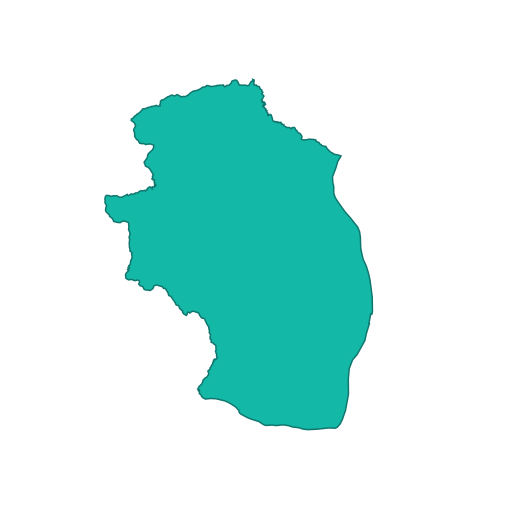 outline of El Guamo, Bolívar, Colombia, rotated 53°
{"feature_id": "7082276B46514766114019", "entity_name": "El Guamo", "entity_type": "district", "adm_level": 2, "iso_a3": "COL", "parent_name": "Colombia", "parent_adm1": "Bolívar", "projection": "albers", "projection_center": [-74.975, 10.036], "detail": "fine", "context": "isolated", "style": "filled", "palette": "teal", "viewbox_px": 512, "rotation_deg": 53, "n_neighbors": 0, "source": "geoboundaries", "source_scale": "gbopen_adm2", "svg_char_len": 6104}
<svg xmlns="http://www.w3.org/2000/svg" viewBox="0 0 512 512"><g transform="rotate(53 256 256)"><path d="M113.1,152.3L114.1,152.6L113.8,154.3L113.9,155.3L115.4,159.1L114.9,160.4L113.5,161.3L109.3,166.6L106.9,165.8L104.1,165.7L103.5,166.0L102.4,167.8L101.9,170.2L103.1,171.9L103.3,174.9L102.2,176.7L102.3,178.9L101.7,179.4L99.7,179.1L99.2,180.4L97.5,182.4L97.5,183.3L96.4,184.1L96.2,185.4L95.2,186.9L94.7,188.6L93.6,189.4L93.3,190.3L90.9,191.8L90.1,193.1L90.5,194.8L89.2,196.5L88.8,201.5L87.7,204.7L86.5,207.0L86.3,210.8L86.6,212.2L86.3,216.2L84.4,218.7L84.0,220.1L82.9,220.3L79.6,221.8L79.3,224.5L78.9,225.0L77.4,225.8L76.5,227.0L76.3,228.9L75.7,230.9L75.5,236.1L74.7,237.3L74.8,238.8L75.0,239.4L76.2,240.0L77.2,241.7L78.3,242.0L78.5,242.5L77.2,244.2L75.6,245.1L75.2,246.8L73.5,249.7L73.3,251.2L72.3,252.9L72.3,253.6L71.3,256.6L70.4,257.7L71.3,261.7L71.4,264.5L71.1,265.5L71.5,267.7L71.2,268.3L71.9,271.6L71.6,273.1L72.7,274.1L76.4,273.0L79.5,273.7L81.2,277.2L81.9,278.0L84.4,278.8L87.7,281.0L91.1,281.2L93.1,280.5L95.8,281.1L97.9,279.3L98.7,277.9L100.6,277.0L101.8,274.6L103.4,272.5L105.8,271.1L106.6,271.4L107.8,272.7L108.9,274.7L109.5,280.4L110.5,282.1L111.9,283.4L113.8,288.9L114.6,289.3L115.5,289.3L117.4,290.1L118.6,289.8L119.8,288.9L122.6,288.4L129.3,289.1L129.9,290.7L131.6,291.2L131.5,292.3L131.7,292.7L132.8,292.7L134.2,291.3L135.2,292.6L136.1,292.7L136.4,293.1L136.9,292.9L137.1,293.5L137.7,293.6L138.4,294.5L138.7,294.4L138.9,293.4L139.8,294.1L139.7,295.2L138.4,297.4L138.6,297.9L139.9,298.4L139.4,298.7L138.3,298.4L136.7,299.4L136.8,300.7L136.6,302.1L137.6,302.7L137.2,304.0L137.6,305.0L136.5,305.5L135.8,307.4L134.7,308.4L134.2,310.3L134.5,312.5L133.3,314.0L133.4,314.8L133.0,315.0L133.0,316.0L132.6,317.1L131.3,318.4L131.0,321.4L130.4,322.0L129.3,321.8L129.1,323.9L128.1,328.2L126.5,330.0L124.8,330.5L123.9,331.1L122.9,332.9L122.1,333.5L121.3,335.6L120.7,336.3L119.7,336.7L117.8,338.6L117.6,339.2L117.7,340.2L119.3,342.2L121.4,343.5L122.6,344.6L125.5,345.0L126.1,345.3L127.1,346.9L129.0,348.7L130.8,349.1L134.8,348.4L136.4,349.1L138.8,348.3L140.2,348.2L141.2,348.3L142.7,348.9L146.5,345.8L147.5,344.5L147.8,343.9L147.7,341.8L148.3,341.2L148.5,340.5L152.1,337.8L153.4,338.2L156.4,340.1L158.2,341.9L161.7,342.7L163.6,344.5L164.6,346.1L166.7,346.9L169.2,349.3L173.0,351.9L175.5,352.9L176.0,353.7L178.7,353.0L179.7,354.3L181.7,355.2L183.2,356.4L184.3,358.8L187.0,361.5L187.2,363.5L189.0,364.3L188.2,365.1L189.5,366.0L190.4,365.8L189.9,366.8L191.1,366.9L191.4,369.3L192.1,371.0L192.7,371.7L195.6,373.3L198.4,372.1L200.0,369.2L201.4,368.6L203.1,367.2L203.6,365.7L204.6,364.5L205.8,364.2L206.4,364.5L207.3,365.4L207.8,366.6L210.0,366.4L212.5,364.8L215.1,365.4L216.5,364.8L218.3,362.6L219.7,361.5L219.9,360.9L220.0,357.9L218.4,355.3L219.3,352.9L224.2,349.2L226.2,349.4L227.3,348.1L228.0,348.0L233.0,348.5L234.7,349.4L235.4,349.3L236.9,348.3L244.3,348.6L246.9,349.2L247.8,348.8L248.9,347.7L249.4,347.6L251.8,348.6L255.9,347.7L256.3,348.4L258.3,348.6L259.3,348.4L261.5,347.4L261.4,346.5L260.1,345.1L259.9,344.1L260.2,343.7L261.6,343.4L261.8,340.3L263.1,338.6L264.5,337.9L265.4,337.0L267.4,336.1L269.5,336.7L270.7,336.6L271.4,336.8L273.0,336.6L274.2,335.3L275.6,334.8L276.6,335.3L280.5,336.1L282.8,336.4L283.7,336.2L284.8,336.8L285.5,336.7L285.9,337.6L287.6,338.0L288.8,339.3L292.0,339.9L293.4,341.9L294.4,342.0L294.9,342.6L296.0,342.1L297.5,343.6L298.3,343.6L299.8,342.4L301.1,342.6L302.2,342.1L303.8,342.1L305.2,343.3L306.6,344.1L307.9,345.8L308.5,345.8L309.6,346.4L310.8,346.6L312.8,348.1L314.1,348.2L314.6,350.6L314.4,350.9L313.5,350.8L313.6,352.5L313.9,352.9L314.8,353.0L314.9,354.5L316.2,355.5L316.5,357.2L317.1,358.0L317.8,360.2L318.6,360.7L319.0,363.7L321.4,364.5L322.3,365.7L323.1,368.0L322.8,369.7L323.3,373.1L324.5,374.3L325.5,376.1L326.0,380.0L327.2,382.5L327.6,382.2L328.4,383.0L329.3,383.0L329.2,382.0L331.9,384.1L333.3,383.5L335.3,383.9L336.8,383.9L339.8,382.5L342.4,378.1L345.9,373.9L352.9,368.1L356.7,366.0L363.2,363.4L364.6,363.1L368.8,362.6L371.2,363.6L373.3,363.2L379.9,360.1L383.5,357.9L390.0,353.3L394.9,351.6L397.1,350.3L400.9,344.6L403.4,342.2L406.5,337.0L408.1,335.0L411.1,332.1L414.2,330.0L419.1,325.0L422.4,322.7L425.8,319.2L431.1,311.4L437.0,301.5L441.1,296.5L441.5,295.3L441.6,293.9L440.7,289.7L438.6,285.6L433.2,277.5L422.1,265.4L409.8,256.3L402.1,249.4L397.1,241.5L395.6,234.7L389.1,220.0L384.5,214.7L378.2,206.1L377.8,206.4L371.2,199.1L372.2,198.5L370.8,196.7L358.9,188.0L344.0,179.5L336.9,176.3L330.4,174.0L323.1,172.4L317.6,170.0L312.7,167.6L303.6,161.2L299.0,158.7L294.2,157.4L281.7,157.7L274.6,158.3L262.2,158.0L257.0,157.6L252.7,156.1L247.3,152.1L244.1,150.7L238.9,147.4L234.0,139.6L229.7,133.8L227.3,127.9L224.5,129.8L221.3,132.8L220.7,132.6L217.6,134.0L212.8,134.6L210.4,134.3L208.9,136.0L207.5,136.9L206.5,136.9L204.9,137.6L203.1,137.4L201.1,138.9L200.5,139.0L200.0,138.5L199.2,138.5L198.5,138.9L194.6,143.3L193.6,145.7L191.9,148.2L190.7,149.2L190.1,149.4L189.4,149.1L188.8,147.8L188.3,147.4L186.6,147.1L184.4,147.2L183.1,148.1L182.2,148.2L180.2,147.9L179.2,148.3L176.5,147.9L175.2,149.9L175.6,151.3L175.1,151.2L173.1,152.4L172.5,153.5L172.0,153.7L171.7,154.1L168.6,155.5L167.9,154.8L167.7,155.3L166.2,155.6L165.9,156.2L164.8,156.1L164.4,155.6L163.8,156.2L163.6,157.0L162.8,157.3L162.7,158.5L162.1,158.6L161.6,158.3L161.3,158.9L160.6,159.3L160.5,159.9L159.8,160.0L159.6,160.7L158.3,161.1L157.7,161.1L156.1,160.2L152.5,159.0L151.7,159.3L151.3,159.8L151.1,162.0L150.2,161.7L149.9,161.0L149.2,160.6L148.1,160.8L147.0,160.4L146.7,160.0L146.5,160.5L145.5,160.6L144.8,160.2L144.9,159.8L144.3,159.6L142.9,160.1L141.8,159.9L141.1,160.6L140.6,160.6L139.9,159.5L140.6,159.3L140.7,158.7L139.5,158.4L139.9,157.6L140.6,157.5L140.6,157.1L139.4,156.9L139.0,157.5L138.4,156.7L137.9,156.8L137.5,157.1L137.3,158.3L136.7,158.7L135.9,157.6L134.7,157.8L134.6,156.3L134.0,155.7L133.1,153.5L132.3,153.3L130.4,153.9L129.9,153.5L129.5,152.1L128.0,152.1L127.1,151.5L125.3,152.0L122.6,151.5L121.1,153.1L120.5,152.8L119.6,152.9L119.1,153.9L117.9,154.7L117.1,153.8L116.0,153.4L115.6,153.0L115.3,152.2L114.3,151.6L113.1,152.3Z" fill="#14b8a6" stroke="#0f766e" stroke-width="1.5"/></g></svg>